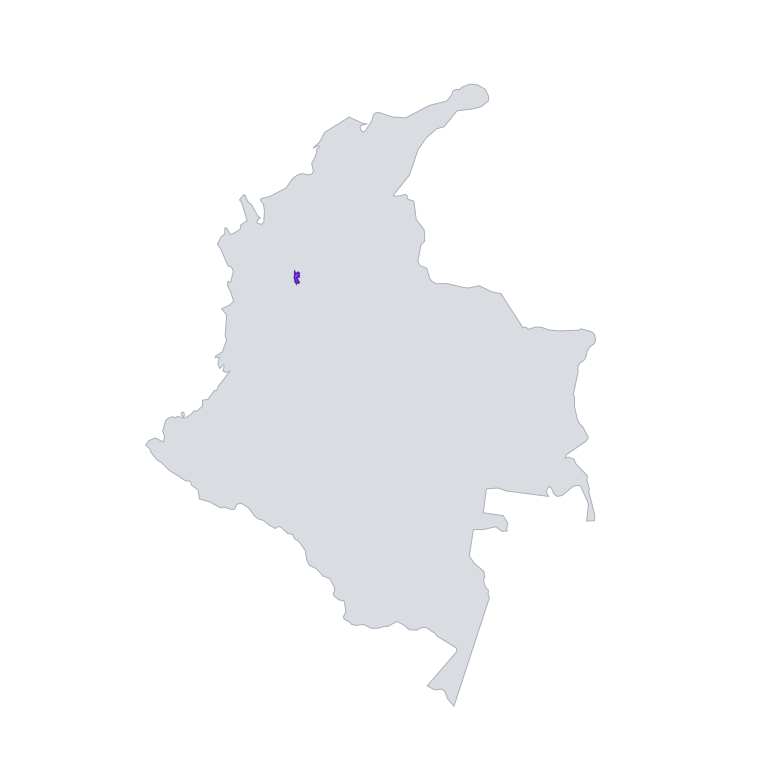 Belmira, Antioquia, Colombia (highlighted), rotated 8°
{"feature_id": "7082276B19513801384430", "entity_name": "Belmira", "entity_type": "district", "adm_level": 2, "iso_a3": "COL", "parent_name": "Colombia", "parent_adm1": "Antioquia", "projection": "albers", "projection_center": [-75.634, 6.646], "detail": "fine", "context": "in_parent", "style": "filled", "palette": "violet", "viewbox_px": 768, "rotation_deg": 8, "n_neighbors": 0, "source": "geoboundaries", "source_scale": "gbopen_adm2", "svg_char_len": 6062}
<svg xmlns="http://www.w3.org/2000/svg" viewBox="0 0 768 768"><g transform="rotate(8 384 384)"><path d="M441.6,95.9L433.7,99.2L418.3,103.3L407.7,120.9L400.5,124.0L391.6,134.4L385.1,147.2L380.2,173.4L367.0,195.7L368.1,196.6L373.4,195.6L378.4,193.2L380.2,193.9L382.0,197.8L388.1,198.7L393.0,216.6L402.2,225.7L403.2,229.3L404.5,236.7L401.2,241.3L400.4,257.7L403.3,261.8L410.2,263.4L414.9,273.6L417.7,276.0L422.0,277.5L432.0,275.8L450.3,277.4L454.5,277.1L464.7,273.4L477.7,277.7L487.3,278.3L513.7,308.9L516.3,308.0L519.6,309.7L526.2,306.5L531.8,305.9L539.3,307.4L549.1,307.2L568.8,303.7L571.7,301.9L582.6,303.5L585.8,305.8L587.5,311.5L586.3,315.1L582.6,318.8L580.5,323.4L580.2,329.1L578.4,333.2L574.9,336.0L573.6,339.9L574.5,345.0L572.9,368.4L574.5,370.3L575.8,379.9L580.5,392.2L582.8,395.8L586.7,398.6L593.9,408.7L592.3,412.2L574.6,428.5L573.8,432.2L577.2,430.7L582.8,432.1L584.7,435.9L598.3,446.8L598.2,451.1L602.1,459.4L601.5,461.3L611.1,485.0L611.5,490.0L603.8,491.5L603.3,475.6L602.1,472.3L593.2,458.3L591.3,457.1L585.6,458.9L576.0,469.5L571.5,471.2L567.9,469.7L564.1,463.6L561.7,462.4L559.5,467.7L562.5,472.4L519.8,472.9L511.4,471.1L500.0,473.6L500.1,497.7L520.4,497.8L526.0,504.7L525.6,510.3L526.5,512.3L521.7,513.5L514.5,509.8L502.0,514.5L492.8,515.7L492.4,542.3L498.1,548.8L509.0,555.8L510.6,560.6L509.9,565.2L512.6,570.8L516.2,573.8L516.2,577.3L518.1,581.0L498.1,693.3L490.4,686.5L487.6,680.4L483.8,678.0L476.6,679.9L468.8,676.9L493.4,638.7L492.5,635.4L471.6,626.3L469.4,623.9L459.4,619.1L454.0,620.5L450.9,623.1L443.3,623.9L437.1,619.9L429.8,617.3L421.1,623.8L418.5,623.7L412.3,626.6L405.6,627.7L397.0,624.9L389.9,626.9L385.0,626.5L383.2,624.5L377.0,622.3L376.3,619.7L378.0,615.0L375.3,605.8L374.3,604.2L369.5,604.1L364.0,600.8L362.9,598.8L364.0,595.0L363.0,591.8L357.6,584.4L350.1,582.5L342.9,576.3L335.6,574.2L332.3,569.7L329.2,559.7L321.7,552.0L316.4,549.3L314.7,545.7L309.3,545.3L302.0,540.2L298.8,539.8L296.6,542.2L289.8,539.7L284.0,536.0L278.1,535.0L274.2,532.7L267.1,525.5L259.5,522.0L255.1,523.3L253.6,528.6L251.1,529.5L242.3,528.2L240.9,529.3L238.5,529.1L227.9,525.0L217.3,523.6L214.6,514.6L207.9,511.3L205.8,507.1L201.1,507.5L183.0,499.2L175.6,493.5L169.3,490.3L162.6,483.9L161.6,481.3L156.5,477.6L159.0,472.8L165.2,469.3L173.3,472.1L174.3,466.6L171.4,461.6L172.9,450.4L175.0,448.0L179.4,445.8L182.2,446.6L183.9,444.8L190.5,445.6L192.5,444.9L197.6,440.4L199.7,436.8L202.0,437.2L207.4,431.2L206.5,425.2L211.6,423.9L216.9,414.0L219.2,413.7L220.4,409.0L229.7,392.7L226.3,394.6L222.7,393.5L223.3,387.9L222.2,387.3L219.2,391.5L216.6,387.2L217.3,380.2L213.2,381.5L213.4,379.9L219.4,374.6L222.0,362.6L220.0,358.2L218.8,340.1L217.7,336.7L212.8,332.1L220.6,327.0L223.5,323.1L219.9,315.1L215.3,308.3L215.2,304.2L218.0,304.6L219.1,293.4L216.5,289.1L213.3,289.0L203.1,272.4L199.5,268.9L202.2,261.0L205.4,257.5L204.7,251.4L206.8,251.7L211.2,257.3L213.0,256.4L219.9,251.2L220.1,246.4L225.7,241.3L217.9,224.3L215.3,221.7L218.5,216.2L220.3,216.5L223.3,221.9L228.2,225.3L235.3,234.8L238.4,236.9L236.2,239.1L235.7,241.3L236.8,242.6L240.8,242.9L242.5,240.2L241.4,228.7L239.7,223.0L235.9,218.9L237.1,217.2L244.5,214.4L259.7,203.5L264.9,193.2L268.9,189.4L273.4,187.0L278.9,187.6L283.2,186.3L284.5,183.0L281.7,175.9L284.9,166.1L284.8,161.1L286.9,158.2L286.2,157.0L280.7,160.5L286.4,153.6L290.3,143.1L312.4,124.5L326.8,129.0L331.3,128.7L325.4,131.0L324.5,133.7L326.6,136.5L328.7,137.3L330.6,135.5L335.4,124.6L336.1,118.6L338.2,116.6L341.2,115.8L355.3,118.4L368.6,117.4L390.2,101.8L406.6,95.1L410.6,88.7L411.6,84.0L414.5,82.1L417.7,82.1L419.5,79.4L427.0,75.3L435.0,74.7L443.6,78.3L447.5,84.6L448.2,89.0L441.6,95.9ZM190.8,443.7L189.7,444.5L187.8,443.0L187.2,441.1L188.4,439.7L189.9,440.2L190.8,443.7Z" fill="#d9dde1" stroke="#a8b0b8" stroke-width="1"/><path d="M282.8,296.3L283.0,296.6L283.0,296.4L283.3,296.4L283.5,296.2L283.6,296.3L283.8,296.3L283.9,296.2L284.0,296.1L284.3,296.1L284.4,295.9L284.4,296.0L284.5,296.0L284.8,296.2L285.0,296.1L285.2,295.9L285.3,295.9L285.3,295.7L285.5,295.5L285.6,295.4L285.8,295.3L286.0,295.2L285.9,295.0L285.7,294.9L285.6,294.7L285.5,294.8L285.4,294.8L285.2,294.7L284.9,294.5L285.0,294.3L285.0,294.2L284.9,294.1L284.8,293.9L284.7,293.9L284.5,293.7L284.4,293.7L284.5,293.5L284.4,293.4L284.5,293.3L284.4,293.2L284.2,292.8L284.1,292.7L283.9,292.6L283.9,292.4L283.7,292.3L283.5,292.2L283.4,292.1L283.2,291.9L283.3,291.8L283.1,291.6L283.0,291.4L282.9,291.3L282.7,291.3L282.4,291.3L282.4,291.2L282.5,291.1L282.5,290.9L282.6,290.7L282.8,290.6L282.9,290.4L283.0,290.4L283.3,290.3L283.3,290.2L283.5,290.0L283.8,290.2L284.0,290.1L284.3,290.1L284.5,290.0L284.8,290.1L285.0,290.1L285.2,289.9L285.0,289.7L284.9,289.7L284.7,289.6L284.7,289.4L284.6,289.2L284.6,288.9L284.4,288.9L284.5,288.8L284.4,288.8L284.2,288.8L284.2,288.7L284.3,288.7L284.4,288.4L284.5,288.4L284.5,288.2L284.6,287.9L284.5,287.7L284.5,287.4L284.6,287.2L284.7,286.9L284.6,286.7L284.4,286.4L284.4,286.5L284.3,286.4L284.2,286.3L284.3,286.2L284.2,286.2L284.2,285.9L283.9,285.9L283.9,286.0L283.7,286.1L283.7,285.9L283.7,285.7L283.6,285.4L283.4,285.3L283.2,285.6L283.0,285.8L282.9,285.8L282.6,286.0L282.6,286.3L282.3,286.2L282.2,286.3L282.2,286.6L282.2,286.9L282.1,287.0L281.8,287.2L281.8,286.8L281.7,286.8L281.4,286.7L281.2,286.7L280.0,285.2L280.0,285.4L280.1,285.7L280.0,285.8L280.0,286.0L280.1,286.3L280.1,286.5L280.2,286.8L280.2,287.0L280.3,287.2L280.3,287.4L280.3,287.5L280.2,287.7L280.3,287.8L280.4,288.0L280.5,288.2L280.5,288.3L280.4,288.4L280.4,288.5L280.4,288.8L280.4,289.0L280.4,289.4L280.4,289.5L280.5,289.6L280.5,289.9L280.5,290.0L280.4,290.2L280.4,290.3L280.3,290.5L280.3,290.8L280.3,291.1L280.4,291.4L280.5,291.5L280.6,291.8L280.8,291.8L281.0,292.1L281.1,292.3L281.2,292.5L281.3,292.7L281.2,292.8L281.2,293.0L281.2,293.3L281.3,293.4L281.5,293.6L281.8,293.6L282.0,293.8L282.0,294.1L282.0,294.3L281.9,294.4L282.0,294.4L282.0,294.5L282.1,294.4L282.2,294.5L282.3,294.5L282.4,294.8L282.5,294.8L282.7,295.1L282.7,295.3L282.8,295.3L282.9,295.5L283.0,295.6L282.9,295.7L282.9,295.9L282.9,296.0L282.8,296.3L282.8,296.3Z" fill="#8b5cf6" stroke="#5b21b6" stroke-width="1.5"/></g></svg>